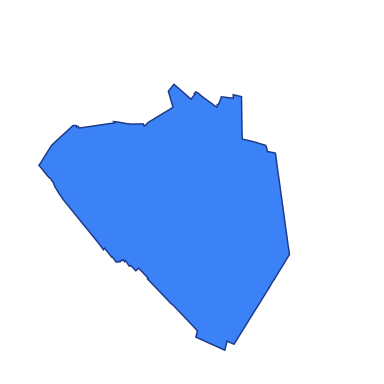 the district of Veendam, Groningen, Netherlands, rotated 223°
{"feature_id": "6326949B95806506619250", "entity_name": "Veendam", "entity_type": "district", "adm_level": 2, "iso_a3": "NLD", "parent_name": "Netherlands", "parent_adm1": "Groningen", "projection": "robinson", "projection_center": [6.889, 53.081], "detail": "fine", "context": "isolated", "style": "filled", "palette": "blue", "viewbox_px": 384, "rotation_deg": 223, "n_neighbors": 0, "source": "geoboundaries", "source_scale": "gbopen_adm2", "svg_char_len": 5167}
<svg xmlns="http://www.w3.org/2000/svg" viewBox="0 0 384 384"><g transform="rotate(223 192 192)"><path d="M235.5,281.6L235.0,280.6L234.2,278.9L233.8,278.0L233.6,277.4L233.2,276.4L232.7,274.7L232.3,273.2L232.3,272.9L232.8,272.8L232.4,272.5L232.0,272.1L232.0,271.9L231.9,271.8L231.9,271.5L231.8,270.9L233.2,270.7L236.3,270.3L237.9,270.2L241.4,269.7L244.9,269.3L248.5,268.9L249.6,268.8L251.6,268.6L254.3,268.6L257.5,267.8L257.4,265.5L256.5,265.5L256.3,263.1L256.2,261.5L256.0,259.3L256.0,259.2L278.6,258.5L278.4,255.0L278.0,249.5L275.0,247.8L273.4,246.8L271.4,245.6L271.1,245.4L268.7,244.0L266.8,242.9L265.0,241.8L263.6,241.0L263.9,240.0L264.2,238.9L264.6,237.4L265.1,235.5L265.6,233.8L267.2,228.4L267.6,226.8L267.9,225.7L268.3,224.3L268.7,223.0L269.6,219.7L269.7,219.3L270.6,216.1L271.2,214.2L271.4,213.3L271.4,213.1L271.5,212.8L271.5,211.6L271.5,211.2L271.4,210.6L271.4,210.1L271.3,209.4L271.4,209.1L271.5,209.0L271.5,208.8L271.6,208.7L271.7,208.4L272.3,207.6L272.5,207.7L273.5,208.5L273.9,208.7L274.0,208.7L279.2,203.6L280.8,202.1L281.0,201.8L281.2,201.7L281.4,201.5L281.6,201.3L281.8,201.1L282.0,200.9L282.4,200.6L282.8,200.2L285.7,198.0L286.1,197.7L286.3,197.5L286.6,197.3L287.7,196.6L289.4,195.5L289.8,195.3L290.1,195.0L290.4,194.8L290.7,194.7L291.0,194.4L291.4,194.2L291.8,194.0L292.6,193.5L293.0,193.2L293.4,193.0L293.7,192.8L294.6,192.1L296.9,190.4L297.3,190.1L296.9,190.0L296.7,189.9L296.3,189.8L296.2,189.8L295.8,189.8L296.2,189.2L307.5,175.1L308.1,174.4L308.6,173.7L309.8,172.2L310.8,170.9L312.4,169.0L313.8,167.2L314.7,166.1L315.3,165.3L316.9,163.4L318.1,161.8L319.2,162.2L319.8,162.5L320.4,161.9L320.6,161.0L320.7,160.9L320.7,160.6L321.6,161.2L321.9,161.3L322.0,161.5L323.0,160.7L323.5,160.3L324.1,159.7L324.3,159.5L324.4,159.4L324.4,159.2L324.6,156.6L324.9,152.2L325.5,144.9L325.7,142.0L325.8,140.5L326.0,138.2L326.2,135.4L326.3,133.6L326.4,132.9L326.5,131.1L326.5,130.6L326.4,129.8L326.3,129.4L326.2,128.9L326.1,128.0L326.0,127.7L325.9,127.3L325.8,126.7L325.4,124.7L325.4,124.4L325.2,123.5L325.2,123.4L325.1,122.8L324.9,122.1L324.9,121.9L324.8,121.7L324.7,121.0L324.5,120.1L324.4,119.3L324.0,117.2L323.9,117.1L323.9,116.9L323.7,115.9L323.6,115.5L323.5,115.0L323.5,114.8L323.2,113.4L322.4,109.3L322.4,109.0L322.3,108.7L322.3,108.4L322.3,108.1L322.2,107.1L321.9,107.1L320.8,107.0L317.9,106.6L311.7,105.7L309.5,105.4L306.3,105.0L306.2,105.0L306.0,105.3L305.9,105.3L305.7,105.4L305.3,105.4L304.7,105.3L304.0,105.3L303.7,105.3L303.4,105.2L303.2,105.2L302.9,104.9L302.7,104.7L302.4,104.7L301.5,104.6L300.6,104.6L300.4,104.5L300.2,104.5L300.1,104.4L296.4,102.6L296.1,102.4L295.7,102.2L295.3,102.1L294.5,102.0L293.7,101.8L293.4,101.8L293.0,101.7L292.3,101.4L290.6,100.8L289.6,100.6L288.6,100.3L286.7,99.9L285.1,99.6L284.8,99.5L283.5,99.2L282.8,99.0L282.6,99.0L281.9,98.8L281.5,98.7L281.0,98.6L280.1,98.5L278.6,98.3L277.3,98.1L276.3,97.9L276.2,97.9L275.8,97.9L272.3,97.4L272.2,97.4L271.7,97.3L269.0,96.9L265.9,96.5L264.7,96.4L262.4,96.0L262.2,96.0L261.7,95.9L259.2,95.6L252.6,94.6L246.8,93.8L243.6,93.4L241.5,93.1L239.2,92.8L236.9,92.4L236.3,92.4L235.7,92.3L234.5,92.1L233.9,92.0L232.1,91.8L230.8,91.6L228.8,91.3L226.4,91.0L223.7,90.5L221.4,90.1L219.4,89.8L218.9,89.7L217.5,89.3L217.6,89.9L217.6,90.6L217.7,91.2L213.8,90.7L213.0,90.6L208.8,90.0L206.3,89.6L206.2,90.1L204.7,89.9L203.4,89.7L201.6,89.4L199.5,89.1L199.3,89.4L199.2,89.6L199.0,89.8L198.9,90.0L198.7,90.2L198.6,90.3L198.4,90.5L198.2,90.8L198.1,91.0L197.8,91.2L197.5,91.6L197.4,91.7L197.3,92.0L197.2,92.0L197.3,92.2L197.4,92.4L197.4,92.5L197.1,92.8L197.1,93.3L197.1,93.6L197.0,93.8L196.8,94.0L196.7,94.1L196.6,94.3L196.4,94.5L196.2,94.6L196.2,94.8L196.2,95.0L196.2,95.5L194.7,95.2L194.1,95.0L194.2,95.3L194.4,95.5L194.3,95.8L194.2,96.3L193.8,96.3L193.7,96.4L187.2,95.0L186.9,95.8L186.7,96.5L186.0,96.4L185.5,96.3L184.9,96.4L182.6,96.2L181.6,96.2L179.4,96.0L179.2,96.9L179.2,97.3L179.1,97.6L179.1,99.1L179.1,99.9L165.4,99.1L165.4,98.1L141.0,96.7L130.8,96.1L130.4,96.1L129.7,96.4L129.3,96.4L112.2,95.4L93.4,94.2L90.2,88.5L74.2,93.9L60.1,98.7L64.7,106.8L57.5,109.3L58.0,112.2L59.1,117.5L60.4,124.2L61.0,127.1L61.7,130.8L61.9,131.6L63.4,139.3L64.8,146.4L66.3,154.4L67.8,161.7L68.7,166.5L68.9,167.4L70.3,174.6L70.8,176.6L70.8,176.8L71.1,178.2L71.5,179.8L72.5,184.6L72.3,184.6L72.4,184.8L72.4,185.0L72.6,185.8L72.6,186.0L73.0,187.6L73.0,187.9L73.3,189.2L73.6,190.9L73.7,191.1L74.0,192.5L74.1,193.2L74.2,193.8L74.3,194.1L74.7,195.9L74.9,197.3L75.1,198.2L75.3,199.1L75.5,200.0L75.5,200.3L75.7,201.1L75.8,201.6L76.0,202.7L76.2,203.4L76.6,205.6L76.9,207.0L77.4,209.4L77.6,210.4L78.0,212.7L78.9,213.4L84.9,218.2L90.8,223.0L98.8,229.5L109.4,238.2L113.4,241.4L114.7,242.5L117.6,244.8L118.5,245.5L120.4,247.1L122.1,248.5L123.4,249.5L130.5,255.3L131.3,256.0L144.1,266.3L151.0,272.0L151.7,272.6L157.5,277.3L158.1,277.0L159.9,275.9L161.6,274.8L163.9,273.4L164.4,272.8L166.9,274.8L167.2,274.9L167.4,275.0L167.5,275.1L168.3,275.7L168.5,275.8L169.0,275.9L169.4,276.0L169.7,276.2L169.9,276.4L173.5,274.6L175.8,273.4L178.6,272.2L182.1,270.3L185.4,268.4L188.2,266.8L191.4,265.0L197.8,271.5L209.6,283.8L220.8,295.5L228.2,291.3L225.8,288.7L230.7,285.1L235.5,281.6Z" fill="#3b82f6" stroke="#1e3a8a" stroke-width="1.5"/></g></svg>